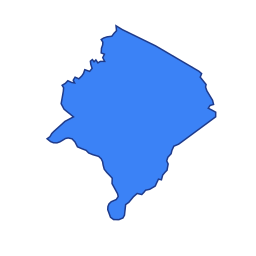 outline of Ibarama, Rio Grande do Sul, Brazil, rotated 292°
{"feature_id": "56859067B60880352226675", "entity_name": "Ibarama", "entity_type": "district", "adm_level": 2, "iso_a3": "BRA", "parent_name": "Brazil", "parent_adm1": "Rio Grande do Sul", "projection": "mercator", "projection_center": [-53.186, -29.418], "detail": "fine", "context": "isolated", "style": "filled", "palette": "blue", "viewbox_px": 256, "rotation_deg": 292, "n_neighbors": 0, "source": "geoboundaries", "source_scale": "gbopen_adm2", "svg_char_len": 1478}
<svg xmlns="http://www.w3.org/2000/svg" viewBox="0 0 256 256"><g transform="rotate(292 128 128)"><path d="M171.2,205.1L175.5,203.4L176.0,199.4L176.4,195.0L179.6,195.6L181.9,198.5L185.4,196.0L192.0,187.2L195.0,184.6L197.6,184.1L202.2,175.9L206.0,175.9L207.2,172.4L214.5,122.7L217.1,85.8L218.3,78.6L213.9,80.9L210.6,79.6L207.0,78.6L204.7,74.5L202.3,71.7L200.0,70.0L198.2,72.5L195.5,73.4L192.1,73.5L187.6,75.0L187.6,78.5L183.8,78.2L181.0,81.4L179.4,77.4L177.1,75.7L179.1,72.7L176.7,71.7L178.1,69.3L175.8,68.1L173.0,69.7L169.8,72.4L166.1,71.2L165.9,66.1L162.0,66.3L159.0,65.7L155.2,64.0L155.3,59.9L151.8,59.3L149.8,61.6L149.1,58.6L149.3,54.5L146.0,53.2L142.9,50.9L141.2,53.2L137.8,54.3L125.5,56.9L121.5,61.6L117.9,73.3L110.6,67.1L97.0,60.5L94.4,59.4L90.7,58.9L87.7,57.0L86.4,61.3L86.4,64.4L87.6,67.7L89.6,70.0L92.6,72.3L94.8,73.9L96.4,76.3L97.0,80.2L95.2,84.1L91.6,88.2L91.5,93.2L91.6,97.5L90.1,100.9L90.1,105.5L90.7,111.4L89.4,114.7L87.2,117.1L84.5,118.7L80.9,121.4L78.8,125.1L76.9,129.4L75.5,132.2L70.5,134.0L63.2,142.9L60.8,144.6L57.3,143.9L53.3,140.0L50.5,138.8L47.7,138.8L44.7,139.8L38.7,145.2L37.7,148.9L39.6,153.9L42.7,157.0L45.8,157.4L56.1,154.5L59.4,156.6L66.3,158.8L70.7,161.0L71.5,165.7L74.2,166.8L76.9,167.6L79.3,171.1L84.4,175.0L87.5,175.1L92.0,175.4L92.5,178.4L97.4,177.8L100.8,178.9L103.5,180.0L109.7,178.7L112.0,176.2L115.8,175.9L120.3,177.6L123.7,177.1L128.3,177.3L132.0,181.0L134.7,182.7L171.2,205.1Z" fill="#3b82f6" stroke="#1e3a8a" stroke-width="1.5"/></g></svg>